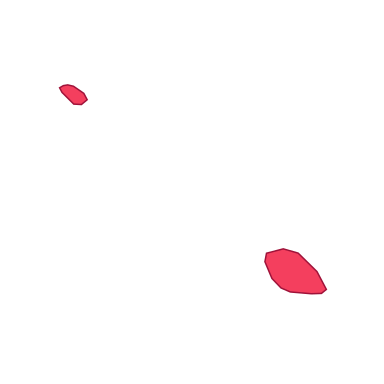 outline of São Tomé and Principe, rotated 286°
{"feature_id": "STP", "entity_name": "São Tomé and Principe", "entity_type": "country or territory", "adm_level": 0, "iso_a3": "STP", "parent_name": "Africa", "parent_adm1": "", "projection": "equal_earth", "projection_center": [6.965, 0.873], "detail": "fine", "context": "isolated", "style": "filled", "palette": "rose", "viewbox_px": 384, "rotation_deg": 286, "n_neighbors": 0, "source": "natural_earth", "source_scale": "50m", "svg_char_len": 426}
<svg xmlns="http://www.w3.org/2000/svg" viewBox="0 0 384 384"><g transform="rotate(286 192 192)"><path d="M149.9,334.1L135.4,348.0L130.2,344.4L127.1,334.8L123.0,314.0L124.3,304.0L130.9,292.7L145.1,281.3L153.7,280.5L162.5,295.4L162.5,310.9L149.9,334.1ZM257.0,60.8L251.8,65.8L245.6,61.6L243.9,54.1L251.9,39.6L255.7,36.0L258.8,39.0L260.7,43.0L261.0,48.9L257.0,60.8Z" fill="#f43f5e" stroke="#9f1239" stroke-width="1.5"/></g></svg>